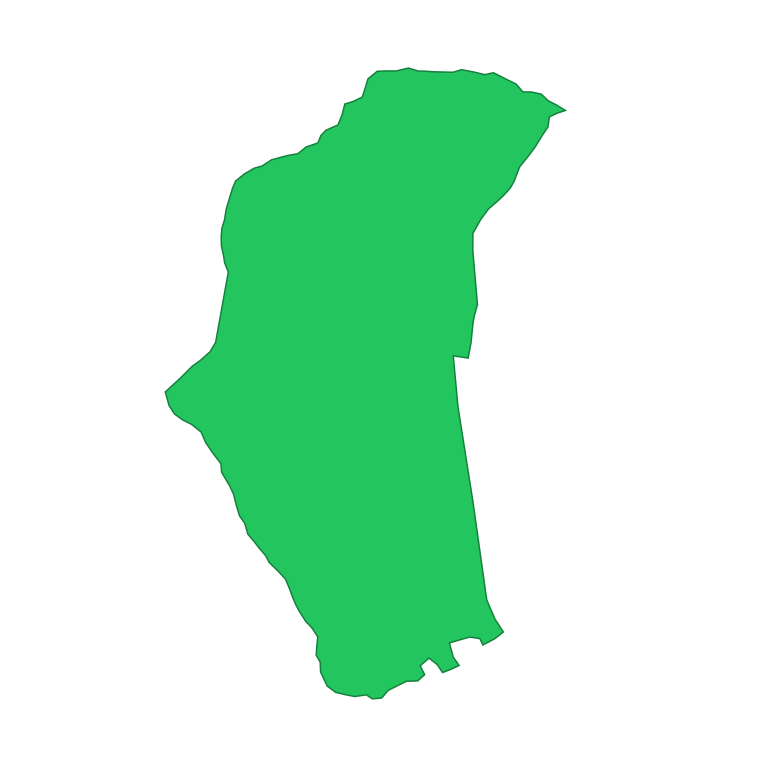 the district of Cruzeiro do Sul, Paraná, Brazil, rotated 82°
{"feature_id": "56859067B8108484370464", "entity_name": "Cruzeiro do Sul", "entity_type": "district", "adm_level": 2, "iso_a3": "BRA", "parent_name": "Brazil", "parent_adm1": "Paraná", "projection": "mercator", "projection_center": [-52.164, -22.981], "detail": "fine", "context": "isolated", "style": "filled", "palette": "green", "viewbox_px": 768, "rotation_deg": 82, "n_neighbors": 0, "source": "geoboundaries", "source_scale": "gbopen_adm2", "svg_char_len": 1832}
<svg xmlns="http://www.w3.org/2000/svg" viewBox="0 0 768 768"><g transform="rotate(82 384 384)"><path d="M162.3,502.7L169.0,506.7L181.4,512.5L189.1,516.0L199.0,519.0L207.4,522.9L215.3,524.7L224.3,525.8L234.6,525.0L241.5,525.0L251.5,522.6L319.2,544.9L327.8,551.7L334.9,562.3L339.7,571.4L350.2,585.4L361.4,601.7L375.6,599.8L384.6,595.6L391.6,588.3L397.2,580.2L406.3,571.7L417.0,568.8L428.3,563.3L440.2,556.6L448.8,557.1L463.8,550.9L472.1,548.3L484.7,547.0L494.5,545.4L502.6,541.3L513.8,539.7L522.4,534.3L529.6,530.2L537.7,525.0L544.9,522.5L554.2,515.2L563.5,508.7L573.7,506.0L582.1,504.3L590.9,501.9L597.5,499.4L608.3,494.5L615.5,489.3L625.2,484.8L633.8,486.9L643.1,488.9L650.5,485.9L660.3,486.9L675.3,482.3L682.7,474.7L686.5,464.9L689.4,456.5L689.4,444.7L694.2,439.3L694.6,429.9L687.9,422.4L681.5,403.2L682.7,392.0L677.5,384.2L668.1,387.4L661.7,377.6L669.3,370.3L677.9,366.2L675.6,356.6L673.2,348.8L664.1,353.4L649.5,355.3L647.9,344.4L646.5,334.3L649.5,324.5L656.2,322.4L651.7,309.9L646.2,300.3L632.3,306.8L612.1,312.3L575.0,312.3L553.7,312.3L513.8,312.3L416.6,313.9L365.8,311.5L370.0,297.0L355.3,292.1L335.5,287.2L328.2,284.8L318.5,280.4L264.3,277.5L247.2,275.0L234.4,265.2L225.0,255.9L219.5,247.3L214.3,239.8L207.9,232.0L201.6,227.1L187.8,219.4L178.0,208.9L170.5,201.5L159.0,191.9L152.3,185.9L142.5,183.0L139.9,174.8L138.4,166.3L131.6,174.5L126.3,182.1L118.9,187.8L115.3,197.6L114.1,205.8L105.5,211.3L97.7,222.7L91.0,232.3L91.7,241.0L87.6,251.5L83.5,263.6L84.9,272.2L83.4,281.5L81.7,291.6L80.1,299.0L78.9,306.3L74.5,315.9L75.7,328.1L74.1,339.5L73.4,347.3L79.6,357.4L89.1,361.8L96.8,365.6L99.9,375.2L101.3,383.8L111.9,388.2L121.1,393.6L124.6,406.1L129.0,411.8L136.1,415.9L138.4,428.0L144.0,437.4L144.3,447.8L146.3,464.1L151.1,474.2L152.3,482.8L156.6,493.1L162.3,502.7Z" fill="#22c55e" stroke="#15803d" stroke-width="1.5"/></g></svg>